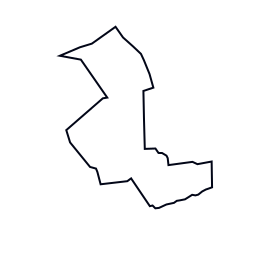 outline of Shaykhantokhur, Tashkent, Uzbekistan, rotated 51°
{"feature_id": "79887680B36749064688690", "entity_name": "Shaykhantokhur", "entity_type": "district", "adm_level": 2, "iso_a3": "UZB", "parent_name": "Uzbekistan", "parent_adm1": "Tashkent", "projection": "orthographic", "projection_center": [69.2, 41.291], "detail": "fine", "context": "isolated", "style": "outline", "palette": "ink", "viewbox_px": 256, "rotation_deg": 51, "n_neighbors": 0, "source": "geoboundaries", "source_scale": "gbopen_adm2", "svg_char_len": 752}
<svg xmlns="http://www.w3.org/2000/svg" viewBox="0 0 256 256"><g transform="rotate(51 128 128)"><path d="M35.0,114.6L29.0,135.5L45.2,121.6L91.3,125.0L89.1,128.9L90.8,177.3L102.8,182.1L134.4,182.0L139.4,178.4L143.0,179.5L154.5,184.7L168.9,162.0L169.1,157.3L202.5,160.2L203.7,157.7L207.6,157.3L209.6,154.2L211.6,146.3L215.1,139.4L215.3,135.9L216.6,133.7L219.3,128.6L219.8,124.6L220.3,120.2L222.8,118.0L224.0,115.3L224.0,110.3L224.8,106.2L225.8,103.5L227.0,100.0L206.7,84.1L199.8,96.8L194.9,99.2L182.3,119.9L176.4,116.1L173.7,115.5L168.8,117.3L166.6,120.0L161.2,119.6L154.8,128.1L130.4,109.4L108.9,92.7L112.6,82.9L99.6,77.3L85.4,73.0L78.6,71.3L68.0,72.7L54.5,74.9L41.5,74.0L39.7,103.0L35.0,114.6Z" fill="none" stroke="#020617" stroke-width="2"/></g></svg>